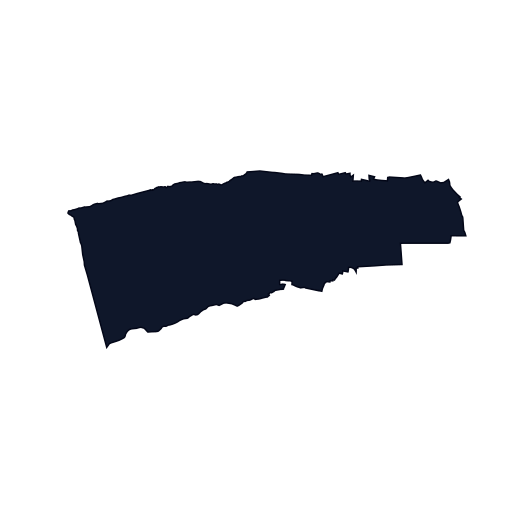 Santimbru, Harghita, Romania, rotated 19°
{"feature_id": "2599482B67016259276706", "entity_name": "Santimbru", "entity_type": "district", "adm_level": 2, "iso_a3": "ROU", "parent_name": "Romania", "parent_adm1": "Harghita", "projection": "orthographic", "projection_center": [25.81, 46.263], "detail": "fine", "context": "isolated", "style": "filled", "palette": "ink", "viewbox_px": 512, "rotation_deg": 19, "n_neighbors": 0, "source": "geoboundaries", "source_scale": "gbopen_adm2", "svg_char_len": 6060}
<svg xmlns="http://www.w3.org/2000/svg" viewBox="0 0 512 512"><g transform="rotate(19 256 256)"><path d="M144.6,391.0L145.9,386.6L147.4,385.2L151.2,382.4L153.9,380.3L156.7,377.5L157.9,376.1L158.2,375.3L158.3,374.3L158.1,372.2L158.7,369.6L159.3,368.2L160.3,366.7L161.4,365.8L162.6,365.1L166.5,363.3L168.8,361.7L170.1,361.0L170.8,360.8L172.0,360.8L173.0,360.6L173.5,360.7L174.3,360.9L175.7,361.6L176.7,362.2L178.5,363.1L182.2,361.5L185.7,360.2L187.3,359.4L188.2,358.7L188.9,357.4L189.9,355.5L190.2,354.1L190.4,353.6L191.0,353.0L191.7,352.4L192.3,352.2L193.1,352.0L193.8,351.7L194.4,351.1L195.5,350.0L195.9,349.6L196.7,349.4L199.2,347.6L201.2,345.9L202.8,344.3L203.5,343.5L204.2,342.5L205.2,341.4L206.6,340.1L208.0,338.9L211.2,337.3L211.9,336.6L212.8,334.9L213.7,333.9L215.0,332.3L215.8,331.6L216.2,331.4L218.1,331.4L219.0,330.9L219.8,330.4L220.6,329.2L221.8,326.6L223.8,323.9L225.7,322.4L226.8,320.1L227.0,319.5L228.6,318.1L230.5,317.1L234.3,314.7L237.2,314.7L238.7,313.2L240.7,311.1L243.1,310.0L245.7,309.5L248.7,309.0L251.8,309.2L254.5,309.5L255.7,308.4L258.2,305.0L258.8,303.3L259.7,302.7L260.6,302.4L261.9,301.0L264.4,299.8L265.4,298.9L266.3,297.9L267.9,296.7L269.4,297.3L270.9,296.5L272.5,295.8L274.4,294.6L275.5,293.8L278.6,291.8L280.2,291.0L280.7,289.9L281.3,289.1L281.4,288.7L280.0,288.0L280.8,286.9L281.5,285.9L281.8,285.8L282.7,285.7L283.6,284.6L284.4,283.8L285.2,282.3L290.0,279.6L290.2,279.4L291.1,279.2L292.7,278.4L292.6,278.0L292.6,277.4L292.7,276.5L292.9,273.5L292.4,273.5L290.2,274.0L289.4,274.5L288.7,275.0L288.3,275.2L287.7,275.2L286.8,272.9L286.3,271.3L289.0,270.1L291.4,269.4L291.5,269.5L292.2,269.5L294.9,268.8L295.7,268.5L296.4,268.3L297.2,268.3L297.9,268.3L298.4,268.2L299.3,271.3L300.1,271.2L301.5,271.3L302.5,271.5L305.2,271.7L306.3,271.6L308.5,271.6L310.8,270.4L311.8,270.0L312.6,269.7L313.1,270.1L326.9,268.4L326.9,268.1L328.1,268.1L329.7,267.9L329.4,265.2L329.6,262.4L329.7,261.0L329.5,259.7L330.0,259.0L330.3,258.8L330.6,258.3L330.7,257.3L334.3,256.5L334.0,255.3L336.7,254.5L336.4,253.4L338.0,253.2L338.5,250.9L338.4,250.8L338.6,250.0L339.0,250.1L340.2,245.1L343.4,244.9L343.4,244.3L343.0,241.8L348.1,241.1L348.1,240.7L347.6,238.0L347.2,236.6L349.0,235.9L350.9,235.8L353.2,236.3L355.2,237.9L355.9,238.6L355.5,237.2L355.0,235.9L354.5,235.0L356.2,234.2L355.6,233.1L371.0,226.8L382.2,222.0L396.8,216.5L388.4,196.9L400.1,192.8L433.5,181.3L435.0,180.4L434.7,177.5L433.9,173.3L447.8,168.6L445.7,165.7L444.0,164.1L439.1,152.6L438.4,151.5L437.8,151.1L437.0,150.2L435.4,147.8L434.0,145.9L432.6,144.1L432.2,143.5L430.6,141.7L429.6,140.5L429.0,139.2L431.5,135.3L429.1,134.5L429.6,133.7L426.0,132.2L422.2,130.2L420.8,129.5L418.3,127.8L416.8,126.6L416.3,126.1L415.9,125.3L415.4,124.1L415.1,123.8L415.1,123.6L415.0,123.3L414.9,123.1L413.1,121.0L409.6,125.4L406.7,126.8L402.3,126.4L401.6,126.6L400.1,128.2L399.1,128.7L398.3,128.9L395.4,129.1L394.0,128.4L391.9,131.8L390.5,131.0L389.2,130.1L388.3,129.4L386.7,127.5L385.1,125.9L380.0,129.0L374.2,132.4L371.7,133.7L370.4,134.2L370.0,134.2L356.2,138.0L356.3,138.5L355.0,138.9L355.8,142.2L349.7,143.8L345.1,144.8L344.8,144.8L342.4,145.1L342.0,145.1L342.1,144.6L342.3,142.5L336.6,143.0L338.1,146.6L338.9,146.8L339.1,148.3L330.8,149.2L331.2,151.0L325.8,152.7L323.2,153.7L321.7,147.9L320.0,150.4L318.6,149.0L317.9,147.2L314.5,149.2L313.3,148.2L307.6,151.9L306.3,150.6L301.9,153.6L293.6,159.2L292.0,157.4L291.6,157.1L290.8,157.8L290.5,157.8L288.3,157.4L287.7,157.4L287.0,157.5L285.7,158.3L284.5,159.0L284.1,159.3L283.8,159.4L282.1,159.9L282.3,161.6L275.7,163.7L270.0,164.9L261.1,167.7L257.0,168.9L253.8,169.4L246.8,170.9L244.0,171.7L231.9,174.4L224.8,177.5L220.3,179.4L220.2,180.3L220.0,181.2L219.8,181.3L219.9,181.6L219.5,182.1L219.4,182.3L218.9,182.6L218.7,182.9L218.6,183.2L218.5,183.4L218.5,183.6L218.3,183.7L218.1,183.9L217.9,184.1L217.7,184.5L217.1,184.7L216.7,185.0L216.2,185.1L215.6,186.0L214.6,186.2L213.4,186.8L213.3,187.2L212.4,187.3L211.8,188.0L211.4,188.1L210.5,188.4L209.5,189.3L209.2,189.9L208.3,191.3L207.5,192.3L206.9,193.1L206.3,194.4L205.1,195.5L204.5,195.7L204.2,196.2L204.0,196.9L203.3,197.2L203.1,197.1L202.7,197.6L201.8,198.4L200.7,199.7L200.2,200.1L199.6,200.2L198.9,200.3L198.5,200.1L198.4,200.0L197.7,200.1L197.3,200.2L196.9,200.3L196.7,200.6L196.3,200.9L196.1,200.9L195.3,200.8L195.1,200.8L194.5,201.0L194.1,201.4L193.9,201.4L192.2,201.6L191.8,201.7L190.2,202.8L189.9,202.9L187.9,203.2L186.9,203.3L185.4,203.7L184.9,204.0L184.2,204.2L183.4,204.3L183.0,204.3L181.7,204.2L180.9,204.0L179.5,203.8L178.8,203.8L177.8,204.1L177.1,204.2L171.0,207.1L170.3,207.4L169.6,207.5L168.6,208.0L167.5,208.4L167.2,208.6L166.7,208.8L165.2,209.0L164.7,209.0L164.1,209.3L163.5,209.6L161.3,210.9L160.2,211.4L159.7,211.8L158.7,212.6L158.1,213.0L157.2,213.5L155.8,214.3L155.4,214.7L155.2,215.0L154.6,215.6L154.4,215.9L154.2,216.8L154.0,217.1L153.8,217.3L153.7,217.4L153.0,217.7L152.9,218.0L152.7,218.3L149.8,219.0L149.6,219.6L149.4,220.1L149.1,220.6L148.8,220.7L148.4,220.6L148.0,220.4L147.7,220.1L146.9,220.4L145.9,221.1L144.5,221.2L144.0,221.4L143.5,221.5L142.8,221.9L142.5,222.1L141.3,222.4L140.0,223.7L139.9,223.8L139.8,223.7L139.1,224.5L138.4,225.2L138.1,226.1L137.6,226.7L137.4,227.1L137.3,227.3L136.8,227.5L136.6,227.6L136.4,227.2L135.0,228.2L134.8,227.8L134.4,227.9L134.1,228.6L133.8,228.8L133.7,228.7L123.3,235.6L118.2,239.3L116.1,239.8L115.0,240.8L113.8,241.6L113.0,242.0L109.5,244.5L106.8,246.0L104.6,247.6L104.1,248.0L102.2,249.2L101.0,250.7L100.2,251.3L99.0,252.0L97.2,252.6L96.1,254.0L94.1,256.0L90.1,257.9L89.0,257.9L86.4,259.6L85.2,260.7L84.7,261.5L83.3,263.0L82.8,263.5L78.5,265.4L78.0,265.4L75.4,267.3L74.8,267.7L74.0,267.9L72.6,268.6L72.2,269.2L70.4,270.5L68.7,271.7L68.0,271.9L66.3,273.5L65.5,273.9L64.3,274.3L64.2,275.0L64.2,276.6L64.9,277.0L65.8,277.4L67.0,277.6L68.2,277.7L68.6,278.0L69.6,278.3L70.9,278.4L71.6,279.1L72.1,280.2L73.2,281.3L75.3,285.0L76.2,285.7L77.0,286.6L78.1,287.9L79.1,290.2L80.1,290.8L80.9,292.6L85.7,300.5L86.5,301.2L87.9,303.0L91.7,311.1L93.7,314.4L95.5,317.4L96.7,320.4L102.7,328.8L144.6,391.0Z" fill="#0f172a" stroke="#020617" stroke-width="1.5"/></g></svg>